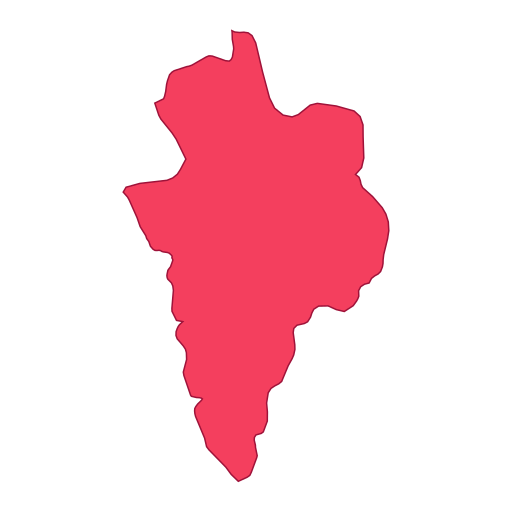 outline of Korçë
{"feature_id": "ALB-1521", "entity_name": "Korçë", "entity_type": "County", "adm_level": 1, "iso_a3": "ALB", "parent_name": "Albania", "parent_adm1": "", "projection": "natural_earth1", "projection_center": [20.625, 40.584], "detail": "fine", "context": "isolated", "style": "filled", "palette": "rose", "viewbox_px": 512, "rotation_deg": 0, "n_neighbors": 0, "source": "natural_earth", "source_scale": "10m", "svg_char_len": 2438}
<svg xmlns="http://www.w3.org/2000/svg" viewBox="0 0 512 512"><path d="M231.9,30.7L234.7,32.0L239.6,32.5L244.0,32.2L245.0,32.4L248.1,32.8L252.0,35.6L255.7,42.9L262.6,72.1L269.5,97.9L274.6,108.2L279.4,112.1L283.1,115.1L292.1,116.9L298.3,114.6L310.2,105.1L317.2,103.4L317.5,103.4L336.3,106.0L354.1,111.0L360.1,116.5L363.0,124.9L363.1,136.8L363.8,158.0L361.6,167.6L355.5,174.5L359.0,177.2L360.3,180.6L361.0,184.2L362.6,187.6L372.8,196.8L382.3,207.8L385.9,214.1L388.3,221.9L388.8,230.7L387.5,239.0L383.7,254.6L383.1,259.7L383.0,263.5L382.4,266.9L380.6,271.5L378.1,274.0L374.8,275.8L371.5,278.4L369.1,283.0L364.5,284.2L360.7,286.7L358.6,290.7L358.8,296.2L357.8,298.8L356.6,301.0L353.2,305.7L344.3,311.5L336.3,309.6L328.1,305.9L318.6,306.1L313.8,309.2L311.9,312.9L310.5,317.2L307.6,321.8L304.4,323.5L297.0,325.2L293.8,328.4L293.2,332.6L294.8,344.8L294.9,349.5L293.7,355.0L292.1,358.7L288.2,365.7L282.7,378.9L281.7,381.4L278.8,383.8L274.9,385.8L271.0,388.4L268.2,392.8L266.6,403.0L267.4,411.9L267.3,421.1L263.3,431.9L261.3,433.4L256.0,434.9L254.4,437.4L254.2,440.1L255.4,445.1L255.5,447.4L257.2,455.7L256.7,457.7L251.3,472.3L249.8,475.4L247.2,477.2L238.3,481.3L238.1,481.1L231.2,474.4L225.9,467.2L209.0,449.9L206.6,446.7L204.6,438.1L195.6,416.5L194.9,413.7L194.6,410.9L194.8,408.5L195.9,406.4L197.7,404.0L201.4,400.4L202.4,398.9L201.5,398.2L199.6,397.7L196.4,397.5L191.4,396.3L190.6,395.2L183.9,375.5L183.3,372.1L186.6,359.5L186.4,352.7L185.4,349.1L183.2,345.8L177.2,338.8L176.0,335.5L176.1,331.7L177.2,328.6L178.2,326.5L179.4,324.8L182.8,321.6L176.5,320.4L172.0,311.3L171.9,308.3L173.4,290.4L172.8,285.9L171.4,282.8L167.9,279.3L167.2,277.8L166.9,275.7L167.1,274.0L167.9,270.3L168.7,269.1L170.5,266.8L172.7,260.7L172.7,259.3L171.9,257.9L172.1,256.5L171.7,255.5L169.3,253.2L167.5,252.5L163.4,251.9L162.0,251.5L160.3,250.5L158.8,250.3L157.0,250.5L155.0,250.4L153.1,249.3L150.4,246.2L148.8,241.5L146.7,238.6L145.8,235.7L140.2,226.7L137.1,217.7L129.4,200.4L127.6,197.1L123.2,192.1L126.1,187.2L139.9,183.4L167.0,180.3L172.7,178.0L177.4,174.2L180.4,169.5L185.9,159.1L176.2,139.2L172.1,133.0L160.9,119.1L158.8,115.2L154.8,103.1L163.6,98.8L164.6,96.2L165.7,91.5L166.6,84.4L167.5,80.7L169.6,74.7L171.9,72.2L174.2,70.7L186.8,66.6L189.0,66.2L191.8,65.2L206.1,57.0L208.8,55.9L210.4,55.9L212.4,56.1L225.5,60.7L229.3,61.1L231.1,59.6L232.4,57.1L233.7,48.9L233.5,46.3L232.3,39.4L232.1,32.1L231.9,30.7Z" fill="#f43f5e" stroke="#9f1239" stroke-width="1.5"/></svg>